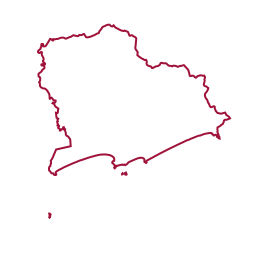 outline of Phu My, Bình Định, Vietnam, rotated 98°
{"feature_id": "81297802B75835306112543", "entity_name": "Phu My", "entity_type": "district", "adm_level": 2, "iso_a3": "VNM", "parent_name": "Vietnam", "parent_adm1": "Bình Định", "projection": "albers", "projection_center": [109.108, 14.245], "detail": "fine", "context": "isolated", "style": "outline", "palette": "rose", "viewbox_px": 256, "rotation_deg": 98, "n_neighbors": 0, "source": "geoboundaries", "source_scale": "gbopen_adm2", "svg_char_len": 5779}
<svg xmlns="http://www.w3.org/2000/svg" viewBox="0 0 256 256"><g transform="rotate(98 128 128)"><path d="M32.0,145.1L32.5,145.6L32.6,145.9L32.4,148.2L32.1,149.3L30.2,154.5L29.9,154.9L28.4,156.4L28.3,156.6L29.4,157.3L29.7,157.8L29.4,159.1L28.5,160.4L28.3,160.8L28.3,161.4L28.8,162.9L29.3,163.9L30.3,165.1L30.8,166.2L31.6,167.2L32.2,167.7L33.2,168.0L36.4,169.9L38.1,170.2L38.9,171.9L40.8,174.3L41.6,175.9L42.5,177.2L43.3,179.1L43.8,180.4L44.0,181.4L43.9,182.1L41.0,184.7L41.0,184.9L42.5,186.9L42.6,189.2L43.5,189.7L44.0,190.4L44.1,191.3L43.7,194.9L44.4,195.9L45.7,197.3L46.1,198.5L48.1,201.7L48.2,202.4L47.5,204.3L47.5,205.0L48.0,207.0L49.6,210.1L49.7,211.0L50.3,212.4L50.4,214.4L50.7,214.4L51.4,214.2L51.7,214.3L51.7,214.5L51.8,214.9L50.8,216.5L50.6,217.5L56.5,220.0L58.4,221.1L58.9,222.4L58.9,223.3L56.8,223.8L56.7,225.0L57.1,225.4L57.7,225.5L59.1,225.1L60.3,225.6L61.9,225.7L63.6,227.3L64.4,227.7L65.4,227.7L65.7,227.4L66.0,226.7L66.1,226.2L65.9,225.8L64.8,224.6L64.8,224.1L65.0,223.9L65.6,223.7L67.1,223.6L67.9,223.4L70.1,221.7L71.4,221.1L72.2,221.1L73.3,221.6L74.1,221.5L75.3,219.6L75.8,219.1L76.0,219.1L76.5,219.1L76.9,219.4L76.6,221.8L77.2,222.6L77.7,222.6L78.0,222.2L78.1,220.6L78.4,219.6L79.3,219.2L80.2,219.1L80.7,219.3L82.3,220.9L83.9,221.5L84.4,221.8L86.6,224.0L87.4,224.2L89.6,223.5L89.9,222.4L90.8,221.9L93.2,221.6L93.8,221.8L94.9,222.4L95.3,222.3L95.9,221.5L96.2,221.4L97.9,221.2L98.7,220.9L99.8,219.9L100.5,218.1L100.6,217.4L100.5,216.0L100.6,215.5L101.8,213.7L102.7,212.8L104.8,211.1L105.7,210.6L107.5,210.0L109.2,209.9L110.0,209.5L110.0,209.4L109.1,208.8L108.6,207.9L108.8,207.6L110.8,205.6L110.9,205.0L110.8,204.3L110.9,203.5L111.2,203.4L112.1,203.4L112.8,203.7L113.2,204.3L113.2,205.8L113.5,206.0L114.0,206.2L114.4,204.6L116.1,203.5L117.3,202.2L117.9,200.7L118.2,200.3L118.4,199.7L119.0,199.6L119.9,199.9L121.8,199.6L123.0,199.9L122.9,201.5L127.8,200.2L128.3,198.8L128.7,198.3L129.7,199.0L130.3,198.9L131.2,198.4L131.8,199.0L133.7,198.2L134.1,197.8L134.9,198.2L135.4,198.2L135.5,198.0L135.2,197.1L135.5,196.5L136.2,196.6L137.6,197.2L137.8,197.0L138.4,195.5L139.0,195.2L140.0,195.1L140.0,194.9L139.6,194.2L138.7,193.9L138.5,193.7L138.2,192.4L136.3,192.3L136.1,191.8L136.1,191.6L136.5,191.4L138.0,191.2L137.7,190.6L137.9,190.1L139.1,190.2L140.7,189.2L143.2,188.6L143.7,188.3L144.2,187.7L144.9,185.9L146.1,184.8L146.9,183.9L147.5,183.6L154.0,182.2L159.3,196.2L169.0,198.8L171.1,199.9L171.6,199.9L172.8,199.4L173.8,199.3L175.5,199.7L176.2,199.6L176.7,199.7L177.4,200.4L177.8,200.6L179.0,200.6L180.6,200.4L181.2,200.0L181.8,199.0L182.7,198.3L183.3,197.6L183.5,197.0L183.3,195.9L184.7,194.5L184.7,193.4L184.6,193.0L184.2,192.6L183.7,192.6L183.0,193.2L182.3,193.4L181.8,193.4L181.0,192.8L178.8,190.2L177.9,188.7L175.8,185.9L171.1,178.4L166.7,170.8L166.2,169.5L163.0,163.3L159.9,156.3L158.2,151.7L157.4,147.3L157.3,145.4L157.3,143.7L157.5,141.7L158.1,139.8L159.1,138.2L159.9,137.6L160.6,137.3L162.3,137.1L162.6,137.3L162.7,137.7L163.0,138.3L163.6,138.7L164.7,138.8L165.3,137.6L166.2,136.9L167.0,135.7L167.2,135.3L167.0,134.7L167.2,134.3L167.1,133.4L166.4,132.4L165.6,130.1L165.1,129.1L165.0,128.5L165.3,128.0L165.3,127.7L164.7,126.7L164.7,126.3L165.2,125.7L164.6,124.8L163.6,123.7L162.0,122.8L161.0,121.4L156.9,114.6L156.2,113.0L155.6,110.9L155.6,109.6L156.0,108.2L157.1,107.2L157.5,107.2L157.7,107.3L158.4,107.1L159.2,107.1L159.4,106.8L159.4,106.3L160.0,105.7L160.1,105.2L159.6,104.8L159.4,104.8L158.5,105.3L157.5,104.6L148.6,92.5L142.3,83.5L135.5,73.3L135.2,72.7L132.0,68.0L131.5,66.7L130.0,64.4L125.8,57.0L125.4,55.4L123.9,52.8L122.7,50.1L121.7,46.7L121.6,45.8L121.3,45.2L121.7,43.9L122.0,43.6L122.6,43.6L122.8,43.2L123.0,42.4L123.5,41.9L123.4,41.6L123.0,41.4L122.9,41.1L122.5,40.4L122.6,39.5L123.4,38.7L124.3,38.8L124.6,38.2L124.5,37.8L124.8,37.3L125.6,36.8L125.7,35.8L124.0,36.3L123.0,37.2L121.6,37.6L119.7,38.9L118.2,38.9L116.3,39.4L114.9,39.4L113.4,37.3L111.5,35.6L111.0,34.8L108.6,34.0L107.3,34.0L106.5,33.4L106.4,33.2L106.2,31.7L105.6,30.8L105.2,29.7L104.2,28.3L102.9,29.5L102.5,30.1L101.3,32.6L99.2,33.9L99.9,35.7L100.7,37.1L100.9,39.3L100.6,40.5L100.7,41.4L98.8,43.6L98.1,43.8L96.8,44.7L94.9,45.1L94.5,45.7L94.6,46.3L95.7,48.2L95.8,49.0L95.2,49.8L92.8,51.2L91.3,52.5L89.9,53.0L89.3,53.4L87.6,55.1L85.9,56.1L84.9,56.4L83.5,56.4L82.9,56.2L81.1,55.1L79.4,54.4L77.5,54.0L77.2,54.1L76.8,55.0L76.1,55.9L75.7,57.8L75.4,58.4L74.8,58.9L74.3,59.0L70.5,58.6L69.2,59.1L67.8,58.8L66.9,58.8L65.5,59.8L65.9,61.1L65.7,62.3L65.8,63.8L67.0,66.4L68.3,67.3L68.8,68.0L68.3,69.0L67.4,70.0L67.2,70.5L67.2,71.2L67.8,73.5L67.8,74.0L65.0,75.1L63.1,76.0L62.2,76.3L59.8,79.1L59.2,80.0L58.2,80.9L58.1,81.4L58.1,81.9L58.9,83.4L59.4,85.4L60.4,86.9L60.5,87.2L60.1,88.3L59.9,89.4L59.9,91.5L60.0,92.0L60.8,92.8L60.6,93.6L60.6,96.4L58.7,99.2L58.6,99.6L59.0,101.5L58.8,104.1L59.2,104.7L61.0,105.3L62.0,106.4L62.6,107.2L63.1,109.0L65.0,111.6L65.3,112.2L65.3,112.6L64.1,113.5L63.9,113.9L63.6,116.1L63.1,117.6L62.5,118.2L61.7,118.6L59.3,118.7L58.0,119.6L58.4,121.0L58.2,121.6L57.7,122.4L57.3,124.0L55.6,127.3L54.5,128.9L52.0,128.9L51.4,129.1L49.0,131.3L48.1,131.8L46.5,132.0L45.2,131.9L42.5,132.1L38.8,132.2L37.8,132.5L36.7,134.2L36.6,135.0L35.6,136.9L35.7,137.7L36.4,138.9L36.4,139.2L36.3,139.4L33.0,141.3L32.6,142.3L32.0,145.1ZM174.6,123.5L174.4,123.0L174.0,122.9L173.5,123.8L172.7,123.6L172.4,123.8L172.9,124.6L173.4,124.6L173.8,124.4L174.4,124.3L174.6,123.5ZM169.0,134.9L168.7,134.8L168.5,135.0L168.2,134.9L168.0,135.2L168.5,135.9L169.1,136.2L169.7,135.8L169.8,135.6L169.4,135.4L169.0,134.9ZM223.7,194.1L225.2,193.5L225.3,193.3L225.2,193.0L224.5,192.6L224.1,192.9L223.6,193.7L223.7,194.1ZM174.8,127.4L174.0,126.4L173.5,127.0L174.5,127.6L174.8,127.4ZM227.7,193.2L227.0,192.8L226.6,192.8L226.7,193.4L227.1,193.3L227.5,193.5L227.7,193.2Z" fill="none" stroke="#9f1239" stroke-width="2"/></g></svg>